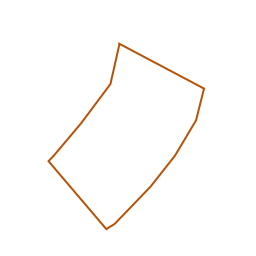 outline of 23, Ad Dawhah, Qatar, rotated 241°
{"feature_id": "91078587B28752145715053", "entity_name": "23", "entity_type": "district", "adm_level": 2, "iso_a3": "QAT", "parent_name": "Qatar", "parent_adm1": "Ad Dawhah", "projection": "robinson", "projection_center": [51.511, 25.278], "detail": "fine", "context": "isolated", "style": "outline", "palette": "amber", "viewbox_px": 256, "rotation_deg": 241, "n_neighbors": 0, "source": "geoboundaries", "source_scale": "gbopen_adm2", "svg_char_len": 342}
<svg xmlns="http://www.w3.org/2000/svg" viewBox="0 0 256 256"><g transform="rotate(241 128 128)"><path d="M50.1,60.0L50.5,68.1L50.5,68.4L50.6,69.9L65.8,119.3L81.0,155.6L87.2,166.3L101.7,191.2L125.6,213.6L205.9,161.2L205.0,160.7L175.0,134.0L154.8,89.1L139.8,49.7L137.5,42.4L50.1,60.0Z" fill="none" stroke="#b45309" stroke-width="2"/></g></svg>